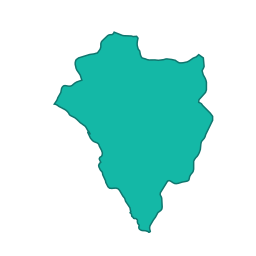 an SVG outline of Benguela, rotated 289°
{"feature_id": "AGO-1887", "entity_name": "Benguela", "entity_type": "Province", "adm_level": 1, "iso_a3": "AGO", "parent_name": "Angola", "parent_adm1": "", "projection": "mercator", "projection_center": [13.731, -12.811], "detail": "fine", "context": "isolated", "style": "filled", "palette": "teal", "viewbox_px": 256, "rotation_deg": 289, "n_neighbors": 0, "source": "natural_earth", "source_scale": "10m", "svg_char_len": 2876}
<svg xmlns="http://www.w3.org/2000/svg" viewBox="0 0 256 256"><g transform="rotate(289 128 128)"><path d="M37.0,183.1L37.1,182.9L36.3,181.9L36.2,181.4L36.4,181.1L36.6,180.8L36.6,178.5L36.4,177.4L35.7,175.0L35.6,173.9L35.8,172.7L36.2,171.6L37.0,170.8L38.0,170.4L39.5,170.3L40.0,169.8L40.4,169.0L41.4,167.9L42.6,167.3L43.5,167.1L44.2,166.7L44.8,165.4L44.9,164.7L44.7,164.2L44.5,163.7L44.4,163.1L44.5,162.6L45.2,161.9L45.3,161.4L45.8,160.3L47.8,159.2L48.3,158.4L48.5,157.6L48.9,157.5L49.4,157.8L49.8,157.9L51.1,157.0L51.2,156.9L52.4,156.3L53.3,155.7L57.9,149.6L60.0,148.1L60.7,147.4L61.9,145.4L66.3,140.3L67.3,138.4L67.3,136.4L66.6,134.5L65.6,132.4L65.1,130.1L65.9,128.2L69.2,124.8L70.9,123.8L75.6,119.3L77.4,118.4L78.0,117.8L79.2,115.7L79.7,115.1L81.7,113.2L82.9,112.5L84.3,112.4L84.4,112.7L86.0,112.9L86.8,113.4L89.1,111.1L89.9,110.8L91.2,111.0L92.4,112.0L93.6,112.4L96.1,111.9L98.2,110.3L101.4,106.9L103.0,105.7L103.6,104.7L103.9,103.6L104.0,100.6L104.3,99.2L104.9,97.9L106.2,95.8L110.7,91.4L111.2,91.4L111.2,91.9L110.4,92.2L110.0,92.6L109.9,93.2L110.2,93.9L111.3,92.8L112.8,90.5L115.1,87.9L115.8,86.8L117.5,81.1L119.6,76.7L120.4,74.4L121.1,69.3L121.6,68.2L122.7,67.1L123.5,65.9L124.2,64.5L124.8,62.9L125.9,55.7L126.6,53.5L126.8,52.0L126.6,50.5L130.2,51.5L132.0,51.8L133.8,51.8L139.7,52.9L143.9,52.3L145.4,52.6L146.8,53.3L147.6,54.6L148.2,58.1L148.7,59.7L149.8,61.1L153.0,63.0L154.8,64.5L158.2,68.8L162.6,65.5L166.1,60.8L167.5,59.5L170.9,57.4L172.6,56.8L174.4,56.6L175.8,56.8L178.2,58.5L185.0,67.8L187.0,71.7L189.1,74.7L193.4,76.0L195.8,75.9L198.8,74.9L200.5,74.8L202.2,75.3L208.7,78.7L209.9,79.8L210.6,81.2L211.0,82.4L212.5,83.5L214.1,83.7L213.7,92.8L214.0,94.3L216.1,101.3L216.1,103.0L217.5,106.3L216.2,108.2L213.1,108.6L210.6,109.2L209.0,109.9L207.3,111.0L205.9,112.0L204.7,113.9L201.3,115.9L199.8,117.1L198.8,118.6L199.0,122.0L198.9,123.9L199.2,125.9L201.1,131.2L201.9,134.7L204.1,139.2L205.7,141.5L206.0,142.4L207.0,147.0L207.4,150.8L206.9,152.2L206.6,153.5L206.3,155.2L206.8,156.9L207.6,158.8L209.8,162.5L211.5,164.1L215.2,166.8L217.5,169.4L220.4,171.0L218.8,176.4L211.0,179.9L209.5,179.9L206.3,179.4L202.8,181.8L200.0,184.9L198.3,186.3L196.7,187.3L189.7,189.7L186.9,189.7L181.1,187.3L178.4,186.1L177.5,185.9L175.3,186.5L175.1,188.4L174.8,189.6L173.7,191.1L168.8,201.0L166.6,204.2L162.9,205.5L147.2,203.6L144.8,203.7L143.0,203.4L139.5,202.0L138.3,201.9L136.6,202.1L131.3,203.4L127.9,203.4L125.6,203.1L123.7,202.6L122.1,201.8L119.8,201.1L118.0,200.9L110.4,203.5L108.2,203.7L107.1,203.5L104.5,202.5L102.3,202.1L98.8,202.5L97.4,201.7L96.5,200.4L94.6,197.0L92.1,193.6L91.1,191.8L90.7,190.2L90.9,188.5L91.7,185.2L91.6,183.9L90.6,182.7L77.4,179.7L75.6,180.0L74.5,181.0L73.4,182.2L72.2,182.9L64.5,186.0L62.5,186.4L60.8,185.9L57.7,183.8L52.7,183.0L49.2,181.9L42.7,180.6L40.7,180.9L39.4,181.5L37.1,183.0L37.0,183.1Z" fill="#14b8a6" stroke="#0f766e" stroke-width="1.5"/></g></svg>